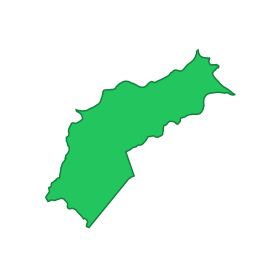 Anse Ger, Micoud, Saint Lucia, rotated 317°
{"feature_id": "8701671B87504135677093", "entity_name": "Anse Ger", "entity_type": "district", "adm_level": 2, "iso_a3": "LCA", "parent_name": "Saint Lucia", "parent_adm1": "Micoud", "projection": "orthographic", "projection_center": [-60.912, 13.796], "detail": "fine", "context": "isolated", "style": "filled", "palette": "green", "viewbox_px": 256, "rotation_deg": 317, "n_neighbors": 0, "source": "geoboundaries", "source_scale": "gbopen_adm2", "svg_char_len": 5853}
<svg xmlns="http://www.w3.org/2000/svg" viewBox="0 0 256 256"><g transform="rotate(317 128 128)"><path d="M99.8,167.2L110.1,144.0L110.9,144.1L112.1,144.6L112.7,144.7L114.0,145.2L114.6,145.3L115.3,145.4L117.9,145.5L118.5,145.7L120.7,147.0L121.3,147.3L122.0,147.3L122.6,147.1L123.2,147.2L123.8,147.5L125.3,148.8L126.4,149.5L127.1,149.6L128.4,149.7L131.7,149.4L132.4,149.3L134.9,148.7L136.1,148.1L136.7,148.1L137.8,148.8L138.3,149.3L140.0,150.2L141.1,151.0L141.5,151.5L142.1,153.4L142.5,154.0L142.9,154.5L143.5,154.9L144.0,155.2L146.0,155.9L147.2,156.3L147.9,156.4L148.6,156.3L149.2,156.1L150.6,154.8L152.3,153.8L153.2,152.7L153.6,152.3L154.2,151.8L154.7,151.4L155.9,150.8L156.5,151.0L157.1,151.3L157.7,151.6L158.4,151.7L159.0,151.6L160.3,151.5L161.6,151.3L162.3,151.3L162.9,151.5L163.4,151.9L164.8,153.3L165.2,153.8L166.0,154.9L166.2,155.5L166.2,157.5L166.3,158.1L166.6,158.7L167.1,159.1L167.8,159.2L169.0,158.8L170.7,158.8L171.0,158.6L171.4,158.3L172.0,157.5L172.5,157.0L172.8,156.9L173.2,156.8L173.7,157.0L174.5,157.4L175.9,158.0L176.5,158.4L177.1,158.6L178.0,158.9L179.4,159.1L181.1,159.6L181.8,160.0L182.6,160.5L182.9,160.8L183.2,161.1L183.8,161.4L184.7,162.0L186.3,163.5L187.3,164.4L188.9,165.8L189.4,166.0L190.8,166.5L191.8,166.5L192.3,166.5L192.8,166.3L195.3,165.6L196.2,165.1L196.6,164.7L197.1,164.4L198.2,163.9L198.5,163.7L198.8,163.3L200.6,161.0L201.0,160.5L203.9,158.1L204.4,157.8L205.4,157.7L206.9,157.3L207.4,157.2L207.9,157.3L209.6,157.5L210.3,157.8L211.2,158.2L212.7,159.2L215.6,161.3L218.2,163.3L220.7,166.0L222.4,168.4L224.2,169.4L224.9,170.1L225.1,170.5L225.2,171.0L225.6,172.7L226.2,174.0L227.0,175.1L227.8,175.8L228.8,176.4L229.3,176.7L229.0,176.2L228.5,175.0L227.8,169.9L227.2,167.0L226.8,165.8L226.5,164.2L226.0,163.2L225.8,161.6L225.8,160.6L225.6,159.4L225.6,157.4L225.8,156.0L225.6,152.5L225.9,149.5L226.1,147.6L226.8,146.2L227.3,145.6L227.8,145.2L229.0,145.2L229.4,144.9L231.2,144.9L231.6,145.2L232.6,144.8L233.5,144.8L234.1,144.9L234.9,145.5L235.5,145.5L236.0,145.3L236.5,144.7L236.6,144.1L236.4,143.0L235.7,143.0L235.4,142.7L235.7,141.7L235.1,141.5L234.3,140.7L233.9,140.5L233.6,140.0L232.9,139.2L232.3,139.4L231.7,138.4L231.5,137.9L231.5,136.8L232.0,135.1L232.4,134.4L234.0,133.6L234.1,133.0L234.8,133.1L235.2,132.7L235.2,132.2L234.5,132.2L234.3,132.1L234.0,131.6L234.1,131.1L233.4,130.7L232.9,130.1L232.3,129.2L231.0,127.7L230.0,125.3L230.0,123.7L230.8,121.4L232.4,118.7L232.1,118.7L231.6,118.7L231.0,118.7L230.4,118.8L229.9,119.2L229.2,120.2L228.3,120.5L228.0,120.7L227.6,121.0L225.6,122.0L224.9,122.2L223.3,122.7L222.6,122.8L221.6,122.9L220.3,122.9L218.5,122.8L216.0,122.5L214.8,122.4L212.7,122.5L208.7,123.0L207.2,123.0L206.3,122.8L206.0,122.7L205.3,122.3L204.7,121.6L203.7,120.1L203.1,118.9L202.4,118.1L201.8,117.7L201.0,117.3L200.3,117.2L199.6,117.2L198.5,117.4L198.2,117.3L197.3,116.8L195.2,117.2L194.5,117.3L192.7,117.3L192.2,117.2L190.9,116.7L190.2,116.5L186.1,115.5L184.1,114.8L183.1,114.4L182.0,114.1L181.1,113.7L179.8,113.5L179.3,113.4L178.6,112.9L178.2,112.4L177.8,111.8L177.5,110.9L177.2,110.4L176.7,110.0L176.3,109.8L175.3,109.6L173.8,109.4L171.8,109.4L170.5,109.7L169.9,109.7L169.7,109.8L169.0,109.5L168.0,109.2L167.3,108.9L166.9,108.6L166.2,108.0L165.5,107.2L165.1,106.6L164.5,105.6L164.1,104.7L162.6,100.0L162.0,98.7L161.4,97.7L160.5,95.4L159.9,94.2L159.3,93.4L158.1,92.1L157.6,91.7L156.1,90.9L155.3,90.7L154.1,90.4L152.9,90.1L151.8,89.9L150.4,89.8L147.3,89.9L146.8,90.0L146.3,90.4L146.0,90.5L144.7,90.2L143.7,89.8L142.9,89.4L143.0,89.3L142.7,89.0L140.8,87.6L139.7,87.0L139.2,86.4L138.8,85.8L138.3,85.4L137.4,84.8L136.9,84.5L136.6,84.3L136.2,84.1L135.6,84.0L135.2,84.1L134.8,84.2L132.9,85.8L132.0,86.3L131.2,87.0L130.7,87.4L129.7,87.8L129.1,88.1L128.5,88.3L127.6,89.0L127.2,89.1L126.4,89.6L125.5,89.9L124.9,90.1L124.2,90.3L123.2,90.4L121.9,90.1L120.4,89.9L117.8,89.4L116.4,89.1L115.8,88.9L114.5,88.3L113.3,87.9L110.4,87.3L109.1,86.6L108.6,86.3L106.6,84.8L106.1,84.3L104.3,82.1L103.5,81.2L103.0,80.4L102.6,79.3L102.1,79.9L101.9,80.5L101.8,80.9L102.0,81.5L102.5,82.5L102.9,84.2L103.0,85.6L102.9,86.5L102.7,87.3L102.2,88.5L101.4,89.8L101.1,90.2L100.7,90.4L100.5,90.5L100.1,90.5L99.6,90.5L97.8,90.2L95.9,90.0L94.9,89.7L93.9,89.6L93.4,89.3L92.9,88.9L92.3,88.2L91.9,87.5L91.4,86.9L90.5,86.2L89.8,86.2L89.3,86.3L87.7,87.0L85.6,87.6L84.8,88.0L83.4,88.9L81.9,90.2L81.8,90.3L81.5,91.3L81.3,91.6L80.8,92.1L80.0,92.7L79.3,93.0L78.7,93.2L78.2,93.2L76.8,93.0L76.5,92.8L76.3,93.2L74.7,94.8L74.2,95.5L73.5,97.5L73.2,98.1L72.9,98.3L72.7,98.5L72.0,100.1L72.0,101.3L71.8,102.0L71.6,102.4L70.7,103.2L70.0,103.9L69.1,104.6L67.7,105.0L67.3,105.3L66.3,105.5L65.4,105.6L65.0,105.5L64.4,105.6L63.6,105.9L62.7,106.6L61.5,107.1L61.5,107.8L61.6,108.2L60.0,108.4L59.5,108.6L56.5,109.0L55.3,109.5L54.8,109.7L54.0,110.4L51.9,111.3L50.8,112.2L50.4,112.7L49.5,113.5L48.7,114.1L46.3,115.6L44.2,117.6L43.6,117.2L43.0,117.0L42.3,116.8L41.5,116.7L40.7,116.8L40.5,116.5L40.0,116.9L39.3,117.1L38.9,116.9L38.4,116.6L37.3,116.8L36.5,116.7L35.5,116.3L34.6,116.2L33.9,116.5L33.1,117.2L32.3,118.0L31.9,118.2L31.4,118.3L30.7,118.2L30.0,117.8L29.5,117.6L29.0,117.8L28.3,119.4L27.7,120.1L26.8,121.2L25.0,121.4L24.1,121.7L23.1,121.9L21.8,122.1L21.0,122.4L20.5,122.9L19.4,127.1L20.5,127.8L21.8,127.9L22.4,128.1L23.4,129.0L24.1,130.0L24.6,130.5L25.7,131.4L26.2,131.6L27.1,131.8L28.0,132.3L30.6,133.5L31.6,134.5L32.5,135.8L32.7,136.6L32.6,137.4L32.6,139.0L32.7,139.8L32.6,140.8L32.3,142.2L31.6,142.8L29.9,144.2L29.5,145.4L29.5,145.8L29.7,146.6L30.4,147.5L32.3,148.6L32.9,149.3L33.6,151.0L34.1,151.8L34.0,153.8L33.8,154.9L33.8,157.0L33.9,158.3L33.9,160.9L33.8,162.2L33.6,163.2L33.4,164.1L34.0,164.3L34.7,164.7L35.0,165.7L35.1,166.3L34.6,168.9L34.4,169.3L33.9,169.6L33.0,169.9L31.7,170.7L30.8,171.3L30.6,171.6L30.6,172.2L31.1,173.0L31.6,174.2L94.2,165.6L94.7,165.8L95.9,166.1L97.2,166.1L99.8,167.2Z" fill="#22c55e" stroke="#15803d" stroke-width="1.5"/></g></svg>